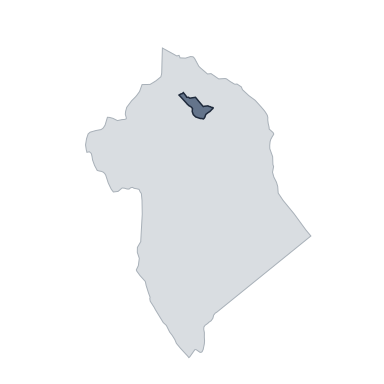 location of Abim within Uganda, rotated 321°
{"feature_id": "UGA-3126", "entity_name": "Abim", "entity_type": "County", "adm_level": 1, "iso_a3": "UGA", "parent_name": "Uganda", "parent_adm1": "", "projection": "natural_earth1", "projection_center": [33.73, 2.826], "detail": "fine", "context": "in_parent", "style": "filled", "palette": "slate", "viewbox_px": 384, "rotation_deg": 321, "n_neighbors": 0, "source": "natural_earth", "source_scale": "10m", "svg_char_len": 2803}
<svg xmlns="http://www.w3.org/2000/svg" viewBox="0 0 384 384"><g transform="rotate(321 192 192)"><path d="M256.7,301.0L252.4,301.0L245.4,301.0L238.3,301.0L231.3,301.0L224.2,301.0L217.2,301.0L210.1,301.0L203.1,301.0L196.0,301.0L189.0,301.0L181.9,301.0L174.9,301.0L167.9,301.0L160.8,301.0L153.8,301.0L146.7,301.0L139.7,301.0L135.5,301.0L134.7,300.9L134.1,300.7L131.4,301.3L128.7,303.3L125.8,304.1L122.6,303.8L122.2,304.0L120.6,304.0L118.4,303.8L116.3,304.4L114.7,306.1L113.1,309.1L110.2,312.6L108.0,315.7L106.0,317.8L101.6,321.4L99.3,322.5L98.1,322.3L97.3,321.6L96.0,317.1L95.1,316.3L86.5,318.7L85.3,318.7L85.4,317.3L84.7,306.5L84.6,299.9L85.8,295.8L86.4,291.0L86.5,286.8L88.1,279.6L87.5,275.3L89.5,260.3L90.0,257.8L90.8,250.6L92.1,248.3L93.2,247.4L94.7,243.0L97.5,235.9L99.4,232.2L99.0,224.2L99.3,218.7L99.7,217.5L103.9,215.5L109.3,210.4L111.5,204.5L114.7,200.7L121.0,198.3L121.0,198.2L139.4,177.9L148.0,166.9L151.7,161.3L151.8,159.3L152.5,156.6L151.0,154.6L149.3,152.7L148.7,151.0L147.1,150.1L144.9,150.1L143.5,148.9L141.8,146.4L140.2,144.9L134.9,145.0L130.9,142.5L131.0,139.0L132.6,132.3L135.6,124.5L135.8,122.4L135.4,120.5L134.6,119.0L133.2,117.4L131.9,115.6L133.0,110.0L134.9,104.5L136.5,101.8L138.0,98.7L137.6,96.2L135.3,95.0L136.5,92.5L138.9,88.4L143.6,84.2L147.8,81.5L150.5,81.4L155.9,83.7L160.7,86.3L163.4,86.4L166.6,85.3L173.3,80.7L174.9,82.2L176.9,85.0L179.0,89.6L183.2,91.7L185.3,93.2L186.7,93.7L187.5,93.3L189.1,89.6L191.1,87.6L194.6,85.1L202.5,83.1L208.2,82.5L210.5,82.0L214.5,80.9L220.8,77.1L227.1,82.0L233.8,82.9L240.3,82.9L242.3,81.4L243.5,80.3L250.3,72.3L259.6,61.5L265.8,76.7L267.9,77.6L267.6,78.9L267.1,80.2L271.2,83.9L276.1,85.8L277.9,87.6L278.1,89.7L276.4,98.6L276.7,101.1L278.3,110.0L281.3,112.0L283.9,120.9L289.2,124.7L290.0,125.8L291.2,130.2L292.9,134.9L294.1,136.0L294.9,136.3L296.5,141.4L295.6,144.2L296.8,152.8L298.8,160.5L299.3,169.7L299.4,173.7L299.3,176.2L298.8,179.7L297.9,181.7L296.2,183.7L294.3,186.8L292.7,190.1L291.6,191.7L292.4,196.7L292.2,198.0L291.8,198.6L289.4,199.4L286.3,200.7L284.4,202.0L281.8,204.6L279.7,207.3L276.9,215.3L272.2,221.5L271.4,223.6L267.0,227.3L265.0,231.9L263.8,237.5L262.1,241.6L258.3,247.1L257.5,255.8L257.6,273.3L256.6,293.2L256.7,301.0Z" fill="#d9dde1" stroke="#a8b0b8" stroke-width="1"/><path d="M243.1,111.0L242.9,108.5L245.1,108.8L246.2,109.4L247.8,109.3L247.8,113.5L247.5,115.0L248.9,116.2L249.3,117.7L254.3,120.6L254.3,125.2L254.5,132.7L255.5,133.1L258.6,135.1L259.0,136.1L259.9,137.2L260.4,138.5L261.3,139.4L261.4,139.9L260.8,140.3L259.6,140.3L256.7,140.7L254.1,140.4L251.5,140.4L249.1,141.9L248.0,142.3L246.8,142.4L245.9,141.1L244.7,140.1L242.1,136.0L241.7,132.7L242.8,129.6L244.9,127.4L244.9,125.8L244.6,124.5L244.0,123.3L243.8,121.9L243.6,120.7L243.6,119.3L243.1,111.0Z" fill="#64748b" stroke="#1e293b" stroke-width="1.5"/></g></svg>